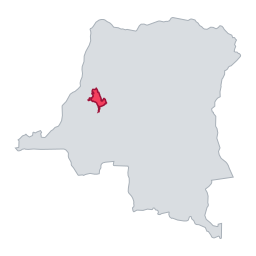 Kiri, Bandundu, Democratic Republic of the Congo shown in context
{"feature_id": "63176286B37259268611319", "entity_name": "Kiri", "entity_type": "district", "adm_level": 2, "iso_a3": "COD", "parent_name": "Democratic Republic of the Congo", "parent_adm1": "Bandundu", "projection": "albers", "projection_center": [19.184, -1.724], "detail": "fine", "context": "in_parent", "style": "filled", "palette": "rose", "viewbox_px": 256, "rotation_deg": 0, "n_neighbors": 0, "source": "geoboundaries", "source_scale": "gbopen_adm2", "svg_char_len": 6795}
<svg xmlns="http://www.w3.org/2000/svg" viewBox="0 0 256 256"><path d="M233.2,177.1L211.4,180.3L211.8,181.6L211.6,182.9L211.1,183.9L208.8,186.5L205.5,189.0L205.5,189.6L207.1,192.3L208.1,196.1L207.8,202.7L208.3,204.5L208.2,205.9L207.0,207.5L204.8,215.4L206.2,219.3L210.5,222.9L213.0,225.6L217.2,226.6L217.9,226.4L218.2,224.2L221.6,223.4L221.4,237.5L221.2,238.3L220.6,238.5L219.7,238.0L219.5,236.7L218.6,236.1L214.5,237.8L213.4,237.8L212.3,237.4L211.5,236.7L211.2,235.6L208.4,231.5L206.9,231.2L205.3,227.5L198.9,224.7L196.4,224.5L195.1,223.7L193.8,220.7L191.7,218.8L191.2,216.7L190.8,216.4L189.4,216.9L188.3,220.1L186.8,220.9L184.1,221.0L177.5,220.0L172.7,218.2L171.5,218.3L169.6,216.8L168.8,214.3L169.2,212.3L168.9,212.0L161.6,213.6L159.9,214.6L158.2,214.4L157.7,213.8L158.4,212.5L158.1,211.0L157.5,210.3L155.4,209.8L154.7,208.2L153.4,208.0L153.0,208.2L152.6,209.3L151.9,209.6L147.5,209.1L143.0,210.4L136.9,210.1L134.1,211.7L133.6,211.7L133.0,210.8L132.5,208.1L132.8,207.4L133.7,206.9L134.0,205.8L133.7,203.0L133.9,202.3L133.6,200.7L132.7,198.2L131.5,196.1L128.7,192.9L128.2,191.4L128.4,187.9L129.3,182.3L129.2,178.2L128.1,175.5L127.9,172.6L128.6,167.4L127.9,166.1L114.1,165.6L113.5,165.3L113.3,164.5L113.9,161.4L105.5,162.2L103.0,162.8L101.4,164.1L100.9,165.7L100.9,167.9L99.6,170.1L99.2,173.7L96.9,174.2L94.6,174.2L90.1,173.4L85.7,174.4L83.6,175.4L82.5,174.9L78.5,175.3L78.0,175.0L73.5,167.8L71.5,165.4L71.2,164.2L71.3,163.1L70.8,161.6L68.7,157.9L68.3,156.2L68.4,153.5L68.1,152.5L66.2,150.2L65.0,149.4L63.6,149.0L41.1,149.4L33.6,149.0L28.2,149.4L25.4,149.2L24.7,148.8L22.2,149.3L20.9,150.3L18.9,150.9L17.7,150.7L15.4,148.0L18.5,147.5L18.8,147.2L19.0,140.8L18.1,139.9L19.8,138.7L22.5,135.9L25.2,134.9L25.6,134.3L26.1,134.3L27.1,135.5L29.4,137.0L32.3,135.6L32.6,135.3L33.0,132.5L33.7,132.2L34.9,132.8L35.6,132.8L36.9,132.0L40.5,130.6L41.6,132.4L40.6,134.0L41.1,135.1L41.2,136.9L41.8,137.3L44.7,137.5L45.5,137.1L51.2,130.7L52.7,129.9L55.1,127.4L58.4,126.2L59.7,124.3L61.6,120.7L62.4,115.6L62.1,106.7L62.3,105.5L66.2,101.5L70.2,94.2L72.9,92.3L74.9,91.5L78.0,88.9L80.5,86.2L80.1,83.0L80.7,80.4L82.1,77.0L82.5,73.4L82.0,69.6L82.2,66.6L84.0,61.6L84.2,56.0L85.9,51.3L89.2,45.3L90.7,40.8L90.4,36.4L90.9,33.2L90.7,31.3L90.1,29.6L90.4,28.6L91.6,28.2L93.2,26.5L96.0,22.2L99.0,20.1L101.2,19.5L103.3,19.5L104.8,19.9L107.1,21.6L109.8,22.9L111.7,24.6L113.7,27.2L118.4,27.8L120.4,28.8L121.7,29.1L122.1,28.9L123.1,29.0L125.3,29.8L127.1,29.4L135.8,31.1L136.8,30.3L139.3,25.8L141.1,24.2L144.1,24.1L146.4,25.0L147.7,25.0L158.4,21.1L159.8,21.0L163.7,21.9L166.2,21.3L167.2,21.5L169.4,20.8L171.2,18.1L172.7,17.5L188.1,20.5L190.5,19.1L191.6,19.0L195.0,20.0L196.1,21.7L198.1,23.1L199.6,25.5L201.8,26.8L203.0,28.1L204.3,29.0L207.1,29.3L210.7,27.2L213.2,27.4L215.7,28.6L216.6,28.6L218.5,27.4L219.5,26.0L220.5,25.8L222.0,26.3L223.2,27.6L224.2,29.4L228.1,33.5L231.8,35.2L232.7,37.7L234.0,37.5L234.7,37.8L235.6,39.3L236.3,39.7L236.4,40.3L235.5,41.8L234.6,44.6L235.7,46.4L234.7,48.9L234.2,51.5L235.4,52.1L237.0,52.1L238.4,53.5L239.5,53.7L240.6,55.2L240.4,56.4L236.7,60.6L231.1,65.8L229.2,66.4L228.3,67.4L227.6,68.9L226.0,70.2L224.7,70.7L224.6,74.4L222.7,78.3L222.0,79.1L220.9,85.5L221.1,86.6L220.0,91.8L220.2,96.7L217.5,98.2L215.6,100.6L214.8,102.2L214.8,106.2L211.8,108.6L211.6,109.1L212.3,111.9L213.4,112.3L213.4,113.3L215.8,116.3L215.6,125.5L215.7,126.4L217.0,128.6L217.8,132.8L216.8,138.1L220.0,147.9L218.5,151.4L219.2,154.8L221.2,158.4L225.8,162.0L227.0,163.4L228.2,165.4L229.3,168.4L233.2,177.1Z" fill="#d9dde1" stroke="#a8b0b8" stroke-width="1"/><path d="M92.4,94.3L92.7,94.5L92.8,94.6L92.9,95.1L93.1,95.4L93.2,96.0L92.9,96.2L92.8,96.4L92.8,96.5L92.9,96.8L92.6,97.1L92.4,97.1L92.2,97.4L92.1,97.5L92.0,97.8L91.9,97.8L91.9,98.0L91.7,98.3L91.7,98.2L91.6,97.9L91.2,97.9L91.0,98.1L90.7,98.0L90.4,98.1L90.2,98.1L89.9,98.1L89.7,98.3L89.6,98.2L89.5,98.4L89.4,98.4L89.4,98.5L89.2,98.7L89.1,98.9L89.1,99.0L89.0,99.4L89.0,99.6L88.9,99.7L88.7,100.0L88.4,100.1L88.2,100.1L88.3,100.4L88.6,100.5L88.9,100.5L89.1,100.4L89.2,100.2L89.4,100.2L89.6,100.1L89.8,100.0L90.0,99.9L90.3,99.9L90.7,99.9L90.9,99.9L91.0,99.9L91.1,100.0L91.4,100.1L91.4,100.3L91.5,100.4L91.5,100.5L91.9,100.9L92.0,100.9L92.5,101.3L92.7,101.2L92.9,101.2L93.1,101.2L93.1,101.3L93.4,101.2L93.5,101.2L93.7,101.3L93.8,101.4L93.8,101.5L94.0,101.6L94.3,101.7L94.6,101.9L94.9,101.8L95.1,101.8L95.6,102.2L96.6,102.9L97.1,104.0L97.2,104.4L97.2,104.5L97.3,104.7L97.4,104.8L97.7,105.1L97.9,105.6L98.1,105.7L98.2,105.8L98.3,105.9L98.3,106.0L98.3,106.3L98.2,106.4L98.2,106.5L98.2,106.8L98.3,107.0L98.4,107.4L98.5,107.7L98.6,108.1L98.7,108.4L98.8,108.6L98.8,108.8L98.8,109.0L98.8,109.3L98.7,109.4L98.7,109.6L98.6,109.8L98.6,110.1L98.5,110.5L98.4,110.8L98.5,111.3L98.6,111.6L98.5,111.8L98.7,111.7L98.9,111.7L99.0,111.7L99.1,111.4L99.1,111.2L99.1,110.8L99.1,110.5L99.1,110.2L99.1,109.9L99.2,109.7L99.3,109.5L99.5,109.4L99.5,109.2L99.7,108.7L99.4,108.6L99.2,108.5L99.2,108.4L99.3,108.3L99.3,108.1L99.4,107.9L99.2,107.7L99.1,107.4L99.1,107.2L98.9,107.0L98.7,106.8L98.8,106.6L99.1,106.7L99.3,106.6L99.5,106.8L99.8,106.7L100.0,106.8L100.2,106.7L100.4,106.7L100.7,106.5L100.8,106.5L100.9,106.4L101.1,106.2L101.3,106.2L101.6,106.1L101.8,106.1L102.0,106.0L102.5,105.8L102.8,105.6L103.1,105.5L103.4,105.4L103.5,105.3L103.7,105.1L103.8,105.0L104.1,105.0L104.3,104.8L104.6,104.5L104.8,104.2L104.9,103.9L105.0,103.9L105.3,103.8L105.6,103.8L105.6,103.7L105.6,103.4L105.7,103.2L105.9,103.2L106.0,103.2L106.3,103.1L106.5,103.0L106.5,102.9L106.4,102.8L106.4,102.6L106.2,102.2L105.9,101.9L105.8,101.6L105.7,101.3L105.7,101.1L105.6,100.9L105.5,100.7L105.5,100.4L105.4,100.2L105.3,99.9L105.3,99.7L105.2,99.6L105.2,99.4L105.0,99.2L104.9,99.2L104.7,99.1L104.5,98.9L104.4,98.8L104.3,98.7L104.2,98.6L104.0,98.4L103.9,98.4L103.8,98.5L103.7,98.7L103.6,98.8L103.4,99.3L103.2,99.4L103.1,99.6L102.9,99.8L102.9,100.0L102.8,100.3L102.8,100.5L102.7,100.7L102.6,100.8L102.4,100.9L102.3,101.0L102.1,101.0L101.6,101.0L101.5,100.9L101.4,100.9L101.1,100.7L101.3,100.4L101.3,100.1L101.4,99.9L101.3,99.6L101.2,99.4L101.0,99.2L101.0,98.8L101.0,98.7L101.1,98.4L101.0,98.2L100.9,98.1L100.8,97.9L100.7,97.6L100.7,97.4L100.6,97.2L100.5,96.9L100.4,96.8L100.3,96.7L100.1,96.2L99.8,95.6L99.7,95.1L99.7,94.9L99.5,94.4L99.4,94.1L99.2,93.7L99.1,93.4L99.0,93.1L98.9,92.8L98.8,92.6L98.8,92.4L98.7,92.3L98.5,92.2L98.4,92.2L98.0,92.1L97.8,92.1L97.7,92.1L97.6,91.8L97.6,91.4L97.6,91.1L97.6,90.9L97.5,90.7L97.5,90.3L97.4,90.1L97.2,89.8L97.0,89.4L96.9,89.1L96.6,88.9L96.4,88.7L96.2,88.4L96.1,88.6L96.0,88.8L95.9,89.0L95.6,89.1L95.3,89.4L95.2,89.4L94.8,89.5L94.6,89.5L94.4,89.5L94.2,89.4L93.8,89.4L93.7,89.4L92.8,89.4L92.5,90.0L92.4,90.2L92.2,90.8L92.2,91.7L92.3,91.8L93.1,92.0L93.5,92.5L93.7,93.1L93.7,93.5L93.2,93.7L92.8,93.2L92.2,92.9L92.1,93.2L91.9,93.7L92.2,94.1L92.4,94.3Z" fill="#f43f5e" stroke="#9f1239" stroke-width="1.5"/></svg>